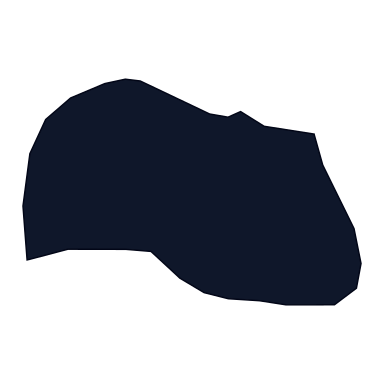 outline of Inverclyde
{"feature_id": "GBR-2005", "entity_name": "Inverclyde", "entity_type": "Unitary District", "adm_level": 1, "iso_a3": "GBR", "parent_name": "United Kingdom", "parent_adm1": "", "projection": "albers", "projection_center": [-4.735, 55.9], "detail": "fine", "context": "isolated", "style": "filled", "palette": "ink", "viewbox_px": 384, "rotation_deg": 0, "n_neighbors": 0, "source": "natural_earth", "source_scale": "10m", "svg_char_len": 504}
<svg xmlns="http://www.w3.org/2000/svg" viewBox="0 0 384 384"><path d="M27.1,259.9L23.0,206.0L29.9,153.7L45.7,119.5L70.6,98.0L104.8,83.6L125.3,79.2L140.2,81.0L209.6,114.0L228.0,117.2L240.6,111.6L264.1,126.3L314.1,134.1L314.1,134.3L322.7,165.0L337.8,195.7L354.0,228.6L361.0,263.5L356.4,288.2L334.5,304.7L312.6,304.8L286.0,304.8L259.5,300.7L228.3,298.7L204.1,292.6L179.8,278.1L177.4,275.8L151.0,251.4L125.6,249.3L67.9,249.2L29.6,259.3L27.1,259.9Z" fill="#0f172a" stroke="#020617" stroke-width="1.5"/></svg>